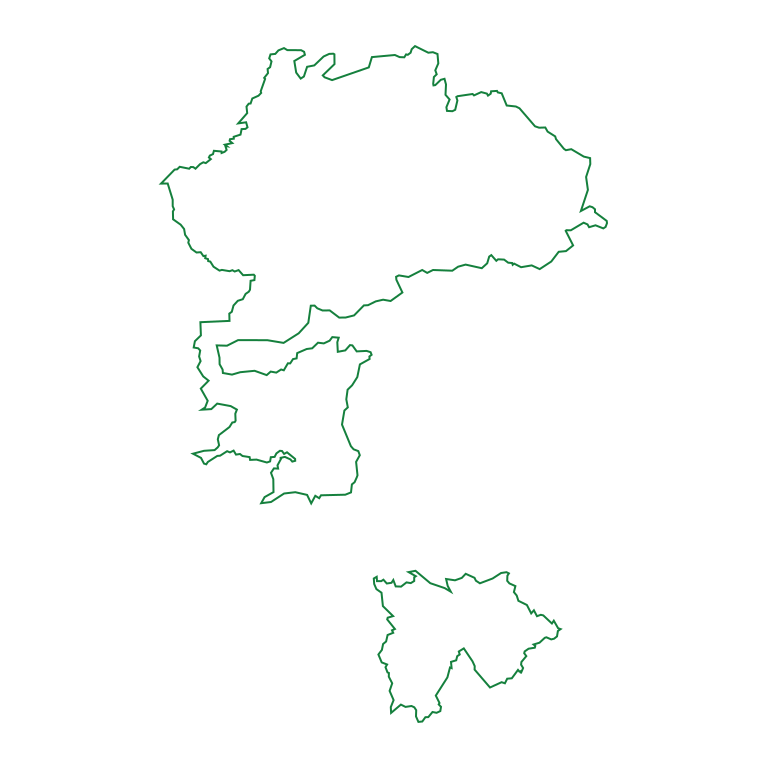 Tecomatlán, Puebla, Mexico (Albers equal-area conic projection)
{"feature_id": "50627088B46760499332647", "entity_name": "Tecomatlán", "entity_type": "district", "adm_level": 2, "iso_a3": "MEX", "parent_name": "Mexico", "parent_adm1": "Puebla", "projection": "albers", "projection_center": [-98.317, 18.022], "detail": "fine", "context": "isolated", "style": "outline", "palette": "green", "viewbox_px": 768, "rotation_deg": 0, "n_neighbors": 0, "source": "geoboundaries", "source_scale": "gbopen_adm2", "svg_char_len": 6058}
<svg xmlns="http://www.w3.org/2000/svg" viewBox="0 0 768 768"><path d="M345.3,494.7L351.0,492.4L351.9,484.4L354.6,482.2L356.7,477.5L357.5,475.3L356.1,461.9L359.8,455.2L358.3,451.1L353.6,449.3L350.9,446.2L342.0,424.6L344.4,410.5L347.8,407.4L346.3,399.3L347.6,389.7L352.1,385.3L357.3,377.1L359.9,364.4L369.6,359.0L369.4,356.5L371.6,354.8L370.6,352.2L366.6,350.9L356.7,351.4L352.4,345.4L350.0,345.1L345.3,350.4L337.8,351.8L337.3,342.2L338.7,337.7L332.3,337.1L329.6,340.7L323.8,343.4L318.0,342.7L312.2,348.3L306.7,349.0L297.2,353.1L296.6,358.4L293.0,359.1L290.2,363.4L287.9,363.3L283.8,370.3L281.1,369.5L276.3,372.6L270.7,371.6L266.7,375.1L254.6,370.8L240.3,372.2L232.0,374.6L222.9,373.0L222.6,369.6L219.6,364.2L219.5,357.7L216.7,345.4L227.0,345.7L238.1,340.1L267.4,340.2L283.6,342.9L298.7,333.3L308.3,322.8L310.8,305.7L314.6,305.6L317.3,308.3L322.6,310.5L329.7,310.4L339.2,317.6L345.7,317.5L354.1,315.4L363.9,305.4L368.0,305.2L375.7,301.4L383.1,299.7L390.6,301.0L402.4,292.5L396.4,279.8L396.1,276.8L398.9,275.4L408.5,277.0L422.2,270.0L427.2,272.9L433.0,270.0L452.3,270.7L458.1,266.7L465.6,264.6L481.8,268.2L487.2,263.3L489.2,256.6L491.3,255.1L496.3,260.8L498.1,259.3L504.1,259.6L508.2,262.7L512.1,263.0L512.7,264.8L514.1,263.6L521.1,267.2L531.7,265.4L539.7,269.1L551.3,261.5L558.7,251.8L566.0,251.1L573.1,245.4L565.7,230.8L566.4,230.2L570.8,230.3L583.6,222.7L587.5,224.4L589.1,227.2L595.5,225.3L603.3,228.4L605.6,226.9L607.0,223.1L606.7,220.9L595.0,212.2L595.0,209.3L592.5,207.2L589.7,206.3L580.9,211.0L587.9,189.9L586.1,177.0L590.3,164.1L590.1,158.1L583.8,156.6L571.3,149.2L565.9,150.2L563.9,148.8L556.0,139.1L555.2,136.4L547.6,131.6L545.3,127.5L539.1,127.7L535.0,126.3L519.5,108.3L515.9,106.5L506.7,105.5L501.7,93.3L497.8,92.4L497.0,90.9L491.1,91.3L490.7,93.7L488.0,95.6L486.9,93.6L481.2,92.1L474.0,95.4L472.6,94.0L457.6,96.2L456.3,97.0L457.4,100.5L455.2,109.8L452.4,111.2L447.0,110.9L446.4,107.2L449.6,99.5L445.5,94.8L446.0,84.5L444.5,78.8L440.8,79.8L435.3,85.1L433.5,85.4L433.2,83.8L433.9,77.0L436.7,74.3L435.3,70.3L438.3,63.4L437.5,54.0L432.9,52.2L428.3,52.7L415.0,46.1L411.7,49.2L410.6,52.7L407.8,54.8L406.1,54.4L404.3,57.3L399.6,57.1L394.9,55.0L371.9,57.1L368.8,67.4L332.1,80.1L324.6,77.3L322.8,75.4L334.5,64.1L334.4,54.3L333.3,53.7L329.2,53.9L323.6,56.5L314.3,65.4L307.1,66.8L303.9,76.5L300.7,78.6L296.2,72.6L294.3,61.0L304.9,54.8L304.1,51.8L301.1,50.2L287.3,50.1L284.0,48.1L278.4,50.4L275.3,53.9L270.5,54.4L269.2,58.4L271.5,61.4L270.1,67.2L267.6,69.0L268.0,73.1L264.2,77.9L265.1,78.9L260.7,91.3L261.2,92.9L258.5,95.7L252.3,98.5L250.6,103.5L248.7,103.7L246.5,106.6L247.2,113.1L238.2,123.4L246.1,122.3L247.5,127.3L245.5,128.9L241.6,129.1L240.5,134.6L233.7,136.8L233.8,138.7L230.0,139.2L229.6,140.8L232.3,143.1L224.9,144.7L227.0,146.3L225.4,146.1L226.6,149.9L224.6,151.8L221.6,153.0L221.5,151.5L213.9,150.8L213.0,154.1L209.8,155.6L208.9,157.5L210.8,159.1L205.8,163.1L203.3,162.3L200.1,164.1L195.5,168.7L193.3,167.1L190.8,167.0L189.2,168.7L179.7,166.8L177.2,169.3L174.6,169.6L161.0,183.6L167.7,183.5L172.7,199.7L172.7,206.2L174.1,209.4L172.9,211.4L173.1,219.3L180.7,224.7L184.1,229.0L185.1,234.8L188.9,240.1L188.3,242.7L191.4,248.8L196.5,252.5L200.7,252.2L203.4,256.1L205.6,255.7L205.2,258.2L208.0,259.1L208.2,261.1L210.3,261.6L213.5,266.7L219.5,270.6L221.9,269.9L229.6,271.2L232.4,270.2L234.7,271.5L238.6,270.1L243.1,275.2L253.8,274.7L254.8,275.8L254.4,280.1L250.6,280.8L250.0,289.7L248.8,291.7L245.6,293.9L242.8,299.2L237.8,300.8L233.5,305.5L231.8,311.8L229.3,313.6L229.5,320.9L200.4,322.2L200.9,335.4L194.9,341.2L193.7,347.5L198.2,348.3L200.2,350.5L199.1,356.5L200.6,361.1L197.4,367.2L203.2,376.4L208.6,380.7L200.8,388.6L207.7,400.8L205.1,407.5L201.7,409.7L211.3,409.1L217.2,403.6L230.7,406.1L236.9,409.6L235.3,413.7L235.6,420.7L234.7,422.1L232.3,422.5L229.5,427.0L218.9,435.1L217.8,439.3L219.1,445.3L217.7,447.4L214.6,450.1L204.0,450.8L193.0,453.7L201.0,457.9L204.0,463.6L206.3,464.3L207.8,462.0L217.3,455.9L220.1,455.7L227.1,451.2L230.0,452.4L233.6,450.6L236.0,454.6L240.0,454.0L242.5,456.0L249.6,457.1L250.1,459.9L256.5,459.6L266.9,462.5L270.1,461.4L270.8,457.2L274.6,456.9L276.4,453.4L279.9,450.8L282.0,451.0L284.1,453.9L287.0,452.3L295.1,458.9L295.2,460.8L292.3,461.6L290.4,459.4L284.9,456.9L279.8,458.0L281.3,458.3L277.5,465.3L278.1,468.6L273.9,468.4L271.0,472.8L273.3,479.1L273.5,492.1L264.6,497.1L261.2,503.2L271.0,502.0L284.1,493.5L295.3,492.2L307.1,494.9L311.2,503.4L315.3,495.8L319.2,498.2L321.0,495.3L345.3,494.7ZM520.8,673.4L523.1,668.0L521.1,664.7L521.4,662.0L526.3,656.1L524.2,653.2L524.7,651.4L528.6,648.7L534.8,647.7L535.3,645.9L533.6,644.5L539.5,642.7L544.8,637.8L546.4,637.3L551.2,639.4L554.1,638.7L557.0,636.4L557.9,631.0L560.6,629.1L558.1,628.2L553.8,620.7L551.9,623.5L543.3,615.4L540.8,614.8L537.0,616.2L533.9,610.3L531.2,613.4L526.9,605.0L518.4,600.8L516.7,595.5L513.9,592.1L515.4,586.1L509.4,583.4L507.2,580.8L507.4,575.7L508.9,573.4L506.5,572.2L501.1,573.0L492.6,578.5L479.9,583.3L475.9,580.7L474.5,577.8L465.7,573.8L461.8,577.9L455.0,580.3L446.1,579.0L447.7,585.9L450.8,591.7L444.7,588.1L430.3,583.2L415.5,570.8L408.6,572.1L415.8,576.2L414.2,577.3L414.2,581.0L410.8,583.1L406.5,582.4L401.1,586.6L395.7,586.4L393.3,580.0L391.5,582.8L386.8,583.5L383.4,579.7L381.3,581.1L377.0,581.1L376.7,576.8L373.8,578.5L374.2,584.0L376.4,589.1L381.5,592.7L382.9,606.1L393.1,616.1L387.7,617.7L387.2,619.4L394.9,629.0L392.0,630.3L393.2,632.8L387.6,635.0L386.1,641.5L383.1,644.0L381.9,649.9L378.4,654.5L381.7,662.4L387.1,664.5L385.5,667.2L387.5,672.4L388.9,673.0L388.8,676.7L392.2,683.3L389.6,690.9L393.6,700.1L390.8,707.1L391.1,712.9L400.9,704.6L405.5,706.9L411.5,706.0L414.3,707.3L416.2,710.2L416.0,716.4L418.4,721.9L422.3,721.5L425.4,717.2L428.3,717.1L432.5,712.0L436.6,712.8L440.3,711.1L441.0,706.8L438.7,704.4L439.5,703.0L435.8,695.6L447.4,677.4L450.0,667.5L451.6,668.1L451.0,661.9L456.2,660.3L457.2,656.2L459.7,654.5L458.8,651.5L463.8,648.4L472.5,661.3L474.7,666.1L474.6,669.6L490.0,687.5L501.6,682.2L504.9,683.3L507.2,678.7L511.8,678.3L518.0,669.9L519.4,671.6L520.9,671.1L520.8,673.4Z" fill="none" stroke="#15803d" stroke-width="2"/></svg>